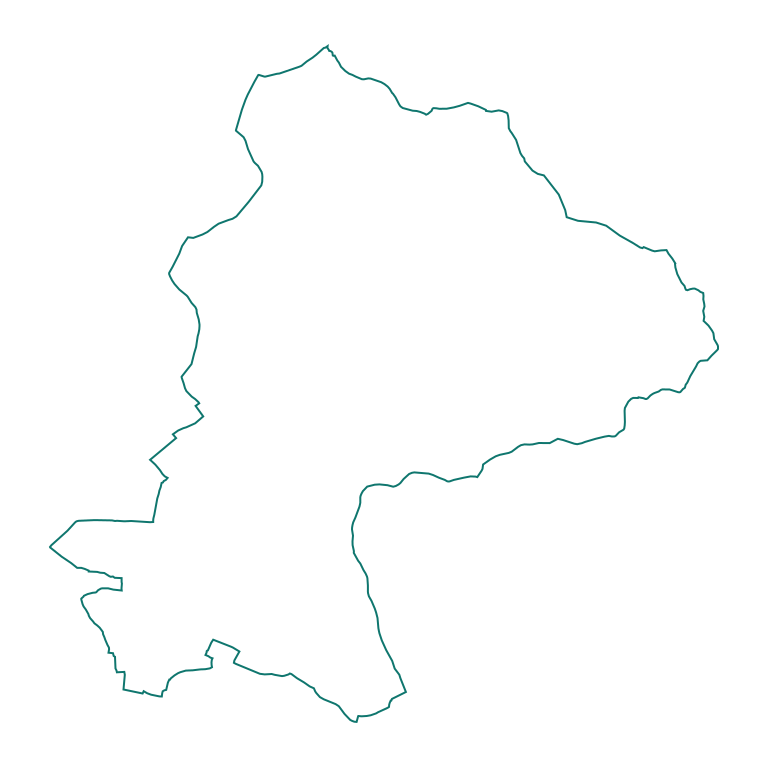 outline of Camarasu, Cluj, Romania
{"feature_id": "2599482B70650065954419", "entity_name": "Camarasu", "entity_type": "district", "adm_level": 2, "iso_a3": "ROU", "parent_name": "Romania", "parent_adm1": "Cluj", "projection": "mercator", "projection_center": [24.122, 46.788], "detail": "fine", "context": "isolated", "style": "outline", "palette": "teal", "viewbox_px": 768, "rotation_deg": 0, "n_neighbors": 0, "source": "geoboundaries", "source_scale": "gbopen_adm2", "svg_char_len": 6047}
<svg xmlns="http://www.w3.org/2000/svg" viewBox="0 0 768 768"><path d="M675.3,263.4L672.4,258.7L668.5,253.7L666.5,250.1L661.0,250.4L654.7,251.3L652.1,250.6L643.7,247.1L642.5,248.1L640.1,247.5L633.1,243.1L619.8,235.6L606.2,225.7L596.1,222.5L578.0,220.8L566.7,217.2L565.2,210.1L558.8,194.6L543.9,175.4L537.8,173.9L532.5,170.6L524.8,161.4L524.2,158.4L522.0,155.8L520.4,153.1L516.1,139.9L511.8,133.1L510.3,131.1L508.8,128.2L508.6,120.3L508.1,116.1L507.3,113.3L506.8,112.9L502.4,111.1L498.7,110.4L491.6,111.7L486.0,110.9L485.9,109.9L478.3,106.3L470.7,103.6L468.0,102.9L459.7,105.8L453.8,107.4L446.8,108.7L439.4,108.8L436.4,108.3L433.6,108.1L432.9,108.4L432.4,108.9L431.6,110.8L427.9,113.9L426.1,114.7L424.7,113.7L420.1,111.9L416.7,111.0L412.7,110.7L402.7,108.0L400.4,106.3L399.1,104.3L395.5,97.3L392.9,93.6L392.2,93.1L389.7,88.9L387.7,86.6L384.5,84.1L381.2,82.2L370.7,78.6L368.3,78.4L363.9,79.3L361.9,79.2L355.7,76.6L352.4,74.9L349.1,73.7L345.3,71.0L341.0,66.8L338.9,62.6L337.3,60.5L334.7,55.6L333.4,55.8L332.8,55.5L332.4,52.7L331.7,51.8L330.5,51.1L329.2,50.9L328.8,49.9L327.4,47.9L327.6,46.1L325.5,47.6L323.8,48.0L316.3,54.7L312.5,57.7L306.7,61.5L301.5,65.8L299.4,66.7L279.5,73.5L276.9,73.8L265.4,76.6L264.4,76.6L258.8,74.9L258.2,75.1L254.4,81.8L247.8,94.5L245.5,99.7L241.9,109.7L235.9,130.3L236.0,130.7L243.6,137.2L245.5,140.8L248.0,149.1L253.6,161.5L254.9,163.0L258.0,165.8L261.6,171.9L262.2,174.2L262.4,176.8L262.2,181.8L261.3,185.4L248.8,201.7L236.4,216.4L232.5,218.8L228.5,220.0L218.6,223.7L213.9,226.9L207.4,232.0L202.5,234.5L193.3,237.9L188.0,237.3L182.1,246.0L179.3,253.6L172.6,266.8L169.2,272.8L169.1,273.9L170.0,276.3L172.1,280.4L174.5,284.0L179.3,289.5L186.6,295.5L187.7,296.7L191.5,302.8L195.4,307.2L196.5,309.6L196.8,312.9L198.7,319.3L199.5,324.5L199.5,326.2L199.3,329.3L198.5,333.5L197.7,336.2L196.1,346.9L194.2,353.3L191.5,364.1L181.6,376.7L181.7,377.7L183.6,383.2L185.0,388.2L186.4,391.1L191.7,396.6L195.2,399.1L198.5,402.2L199.2,403.3L195.6,405.9L203.2,416.4L195.2,423.3L186.3,427.3L183.3,428.2L178.2,430.5L172.9,434.3L176.1,438.1L150.1,459.8L155.3,464.6L160.0,470.2L162.4,473.9L164.7,476.3L167.6,477.9L165.9,479.9L163.7,481.1L162.9,482.5L161.6,482.9L160.7,487.1L159.4,490.6L158.7,494.0L157.3,498.4L154.3,514.8L153.4,518.4L153.2,520.1L153.2,522.0L150.0,522.2L131.2,521.0L124.3,521.3L117.1,520.8L115.0,521.0L112.0,520.4L94.6,520.1L78.7,520.8L76.9,521.2L75.9,521.7L74.9,522.6L67.5,530.7L51.4,545.2L50.0,547.0L50.2,547.5L61.7,556.7L71.2,563.1L77.2,567.9L81.4,567.9L84.7,568.9L88.7,570.6L88.7,571.5L97.2,571.9L100.2,572.7L104.3,573.0L109.3,576.2L110.8,576.8L112.9,576.5L114.7,577.8L121.6,578.1L121.6,582.0L121.9,583.5L121.5,588.5L121.7,590.5L113.3,589.6L108.0,588.3L102.4,588.3L100.9,588.6L98.1,590.2L96.3,592.2L95.5,592.5L92.6,592.8L87.6,594.1L83.9,595.8L83.5,596.6L81.3,598.6L81.3,599.5L82.6,604.2L83.6,606.5L85.8,609.5L88.4,614.1L88.8,615.7L90.1,618.1L93.1,621.5L94.4,623.3L97.3,625.5L99.7,627.7L102.8,631.9L103.1,634.3L104.3,637.0L105.3,639.9L107.5,645.0L108.9,647.5L109.1,649.2L108.5,652.7L113.0,653.2L113.7,656.0L115.0,656.8L115.5,668.5L116.5,670.5L116.9,672.3L124.3,671.9L124.8,674.8L123.5,689.5L142.6,693.5L143.7,691.2L147.1,693.2L151.1,694.7L159.4,696.4L161.8,696.5L162.2,693.3L162.7,691.3L164.4,690.3L166.2,689.9L167.9,682.6L169.3,679.6L169.9,679.7L170.9,678.3L174.5,675.4L178.0,673.2L180.3,672.2L185.8,670.6L192.7,670.3L200.3,669.4L205.2,669.2L209.8,668.4L212.0,667.2L211.6,665.0L211.5,662.3L211.8,659.9L212.5,658.3L210.4,657.6L208.4,656.2L205.5,655.0L206.6,652.5L206.7,651.2L207.1,650.7L207.9,650.4L211.2,642.8L213.2,639.7L230.8,646.6L232.8,647.5L239.4,651.5L234.4,660.4L233.9,662.8L235.7,663.8L259.9,673.8L264.7,674.4L271.7,674.0L274.6,674.8L282.0,676.1L284.2,675.8L288.6,674.4L289.8,673.5L291.5,674.1L297.0,678.2L304.0,682.4L309.7,686.4L313.9,688.3L315.2,691.4L316.2,692.9L319.9,697.1L323.8,699.3L335.6,704.1L338.8,706.2L344.5,713.9L350.2,719.9L352.1,720.9L354.3,721.7L356.6,721.9L358.1,716.4L358.3,716.0L361.5,716.3L366.7,716.0L370.6,715.3L376.1,713.4L378.1,712.2L387.7,707.8L389.0,706.9L389.2,704.7L389.7,702.9L390.7,700.6L391.3,700.6L392.0,698.9L405.9,692.0L400.4,678.2L399.3,674.7L394.7,668.6L392.2,660.9L386.2,650.1L381.8,640.4L379.4,633.2L378.9,630.9L378.4,628.2L377.5,618.0L376.1,612.5L374.8,608.6L371.5,600.9L368.9,596.3L368.1,593.4L367.9,591.8L367.9,585.5L367.4,578.2L367.0,576.6L365.6,573.5L363.5,570.1L360.3,563.5L358.1,560.7L353.8,552.9L353.9,551.1L352.6,545.1L352.5,541.3L353.0,535.7L352.0,529.4L352.1,527.5L352.5,525.1L353.2,522.4L355.4,517.5L359.5,506.5L360.3,502.8L360.3,497.3L360.6,495.8L361.5,493.6L362.9,491.1L367.2,486.6L374.7,484.7L379.4,484.4L387.5,485.2L393.2,486.7L395.8,486.0L398.7,484.4L400.4,483.0L403.6,479.0L409.1,474.0L412.0,472.8L414.3,472.4L428.7,473.6L433.0,475.0L438.9,477.7L444.8,479.9L447.0,481.2L448.2,481.5L449.6,481.4L453.9,479.9L464.2,477.6L470.6,476.4L475.6,476.6L477.3,477.1L481.6,470.7L482.5,468.9L483.1,464.5L490.0,459.6L495.7,456.3L499.9,454.8L508.8,452.9L511.7,451.7L518.0,446.9L520.9,445.2L522.6,444.8L524.5,444.4L529.4,444.6L532.6,444.4L538.9,443.0L549.7,443.1L557.8,438.8L563.0,440.0L574.3,443.7L577.2,444.2L581.8,443.2L585.1,441.9L596.0,438.7L604.7,436.6L608.9,435.9L612.0,436.5L614.7,436.4L615.9,435.7L619.1,432.3L623.5,429.7L624.2,428.6L624.7,425.4L624.9,421.9L624.6,410.8L624.9,408.0L628.3,401.7L631.1,398.9L633.2,397.9L638.0,398.0L638.4,397.3L643.5,398.2L645.5,399.0L646.4,399.0L647.6,398.4L650.4,395.5L652.7,393.9L654.5,393.0L658.7,391.5L660.9,389.9L662.4,389.4L669.7,389.5L678.2,392.2L679.6,392.3L680.4,392.0L683.0,389.0L684.7,387.9L685.0,387.3L685.7,384.7L687.3,382.6L690.3,376.1L696.1,366.4L697.6,363.3L699.4,361.5L700.7,360.8L707.4,360.3L711.4,355.8L717.4,349.9L718.0,349.0L718.0,346.3L717.6,345.1L714.2,339.2L713.4,333.2L712.1,330.7L708.5,325.6L703.6,320.9L704.3,316.8L703.2,310.9L704.5,306.5L704.2,303.8L703.3,299.4L703.5,295.9L703.2,293.0L700.4,291.9L698.4,290.3L694.8,288.6L693.0,288.6L690.1,289.2L687.5,290.2L686.0,289.8L685.4,288.7L684.5,285.9L681.5,282.5L677.3,274.1L675.4,267.5L675.0,263.7L675.3,263.4Z" fill="none" stroke="#0f766e" stroke-width="2"/></svg>